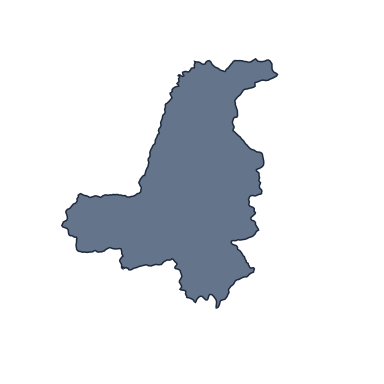 the district of Ituiutaba, Minas Gerais, Brazil, rotated 62°
{"feature_id": "56859067B2687887940000", "entity_name": "Ituiutaba", "entity_type": "district", "adm_level": 2, "iso_a3": "BRA", "parent_name": "Brazil", "parent_adm1": "Minas Gerais", "projection": "albers", "projection_center": [-49.543, -18.985], "detail": "fine", "context": "isolated", "style": "filled", "palette": "slate", "viewbox_px": 384, "rotation_deg": 62, "n_neighbors": 0, "source": "geoboundaries", "source_scale": "gbopen_adm2", "svg_char_len": 6066}
<svg xmlns="http://www.w3.org/2000/svg" viewBox="0 0 384 384"><g transform="rotate(62 192 192)"><path d="M227.3,289.1L226.0,288.3L226.7,287.5L227.6,287.3L227.7,285.6L228.9,285.0L229.6,284.2L230.8,284.4L231.7,283.4L232.1,281.7L232.0,278.6L232.4,277.7L232.8,275.9L232.8,274.3L234.5,267.3L235.0,266.3L236.9,264.8L237.3,263.8L238.1,262.9L238.5,260.0L239.1,257.6L240.1,256.4L240.8,255.2L241.6,253.0L240.4,249.8L240.3,246.0L241.6,243.8L241.9,242.5L241.6,241.2L242.4,240.4L246.1,239.6L247.3,239.1L248.4,239.0L249.4,240.1L249.9,241.8L250.9,242.8L251.9,242.5L253.5,240.6L255.5,239.4L260.9,240.3L262.4,241.2L264.5,244.7L265.6,245.5L268.1,245.3L270.2,245.4L271.2,246.0L272.3,248.3L273.3,247.7L274.9,245.4L276.3,244.2L277.5,244.3L278.7,245.5L279.9,245.7L281.2,245.5L282.4,246.1L283.3,245.5L283.9,244.4L284.7,243.7L287.0,242.0L288.3,241.4L289.5,241.5L291.1,240.8L290.4,239.6L289.4,238.6L288.8,237.6L288.0,235.3L287.9,234.0L288.4,232.7L289.1,232.0L293.6,230.6L294.4,229.3L293.8,228.1L291.1,225.4L290.9,224.3L291.6,223.1L292.5,222.4L293.4,222.1L297.4,221.4L298.6,221.4L299.7,221.6L301.1,222.2L304.8,224.7L305.8,225.0L306.0,223.9L305.9,222.9L305.2,221.8L304.3,220.7L301.6,218.3L301.3,217.2L302.0,214.0L302.0,212.7L300.5,209.7L299.6,208.8L298.3,206.7L297.3,206.2L296.2,206.0L295.1,205.4L293.6,202.2L293.0,199.1L292.5,198.0L291.0,195.9L290.6,193.5L291.2,191.9L291.2,188.0L291.6,185.3L292.4,184.0L292.6,182.8L291.8,180.8L291.3,178.3L291.6,175.3L290.8,174.7L289.1,173.0L287.8,173.2L286.6,176.1L285.6,176.4L284.3,176.3L282.9,176.4L281.5,176.0L279.4,177.0L278.3,176.5L276.1,176.6L273.5,176.1L272.3,176.8L270.5,176.7L266.9,177.1L265.6,177.7L264.3,178.5L263.2,178.4L262.3,177.8L261.3,177.8L260.2,178.1L257.2,180.8L256.3,181.1L255.0,181.1L253.9,180.1L254.1,178.6L255.2,176.9L255.6,175.8L255.6,174.5L256.0,173.3L256.9,172.3L258.6,167.5L259.0,165.2L258.9,163.8L259.5,160.0L259.5,158.8L258.7,156.1L257.0,153.6L256.9,151.1L255.7,150.9L250.4,151.2L249.0,150.4L247.3,150.5L246.2,151.2L245.3,152.3L243.8,152.7L242.6,152.3L241.9,150.9L241.6,149.2L240.8,146.4L239.8,145.6L238.4,146.3L235.8,144.8L234.5,145.2L231.4,147.7L229.8,147.8L227.6,146.0L225.1,145.6L223.1,143.1L222.9,141.9L223.4,140.3L225.0,138.3L225.3,137.3L225.5,134.1L226.1,132.6L226.0,131.3L224.9,130.7L224.1,129.9L222.7,129.6L220.9,130.3L219.3,130.2L217.7,129.3L216.8,127.9L215.8,127.1L214.6,127.6L213.1,127.5L210.9,125.5L209.6,125.4L206.8,124.0L205.1,124.5L203.9,125.2L202.6,124.8L202.4,123.1L202.8,121.8L202.8,120.2L202.7,118.5L202.3,117.4L201.8,116.3L200.7,115.4L198.7,114.3L191.4,112.1L190.4,112.3L189.4,112.8L188.6,113.6L187.1,115.9L185.9,116.7L184.5,117.3L182.1,119.6L180.8,120.3L179.5,120.8L176.1,121.5L174.8,122.1L170.7,122.5L168.4,123.4L165.8,123.7L164.5,124.4L158.4,126.4L157.2,127.0L156.0,126.3L155.2,125.0L154.2,124.2L151.8,124.2L150.5,124.0L149.1,123.4L146.4,120.6L146.1,119.3L146.6,118.4L146.9,117.2L146.1,116.0L141.6,113.8L135.3,112.8L134.1,112.1L132.1,111.6L131.2,111.0L130.2,108.9L129.4,106.8L128.8,103.7L126.2,98.8L126.1,97.2L127.1,94.3L127.2,93.2L128.2,89.6L128.4,88.1L128.2,86.6L125.7,85.6L125.0,85.0L125.6,82.4L125.9,78.7L126.3,77.2L128.5,74.0L129.1,71.9L129.0,70.3L129.3,67.7L129.4,64.2L129.2,62.7L128.3,61.3L126.8,61.9L124.4,63.5L122.6,63.8L120.8,63.5L116.4,61.3L113.0,61.6L111.3,62.6L110.7,64.1L110.6,66.8L109.3,69.9L107.4,72.5L104.3,73.3L104.5,77.3L104.8,78.5L104.1,81.1L102.3,82.9L101.4,84.4L100.0,85.8L98.7,87.6L97.0,91.0L96.2,92.0L96.0,94.1L97.1,96.0L97.3,97.0L99.5,101.9L99.5,103.0L100.1,104.6L101.0,105.8L100.7,107.0L99.5,107.8L98.0,109.6L95.0,110.9L92.4,113.1L88.9,114.3L85.5,114.4L84.1,115.1L83.6,116.6L83.7,118.3L85.1,120.7L84.6,121.9L83.6,123.1L81.4,124.2L80.3,125.2L79.0,127.4L78.0,128.4L79.6,128.7L80.3,129.9L81.6,130.7L82.7,131.0L83.4,131.6L82.4,134.4L83.6,136.2L84.4,138.4L84.0,139.4L82.6,140.9L82.2,142.1L81.9,144.1L83.2,144.7L85.6,144.6L85.6,146.0L84.5,147.0L83.3,147.4L82.4,148.5L82.8,149.6L84.1,148.8L85.1,149.5L85.8,150.8L88.5,151.6L88.7,153.0L89.3,154.4L91.0,153.7L92.3,154.0L91.6,156.4L91.4,157.6L91.5,159.2L91.9,160.9L92.6,161.8L93.9,162.1L94.4,163.6L94.4,164.9L95.4,165.3L99.4,165.4L101.1,169.4L102.0,172.7L101.9,173.8L102.5,174.7L104.5,175.5L106.2,177.4L108.4,178.0L109.5,178.7L110.1,179.8L110.3,181.1L110.9,182.1L113.1,183.7L115.9,187.0L117.1,187.6L118.6,187.9L120.0,189.7L120.9,191.8L122.2,192.9L124.2,193.1L125.0,193.8L125.1,194.9L125.6,195.8L127.1,197.3L128.9,200.0L131.0,201.3L132.1,202.2L132.2,203.7L133.0,205.3L133.9,206.3L135.4,208.6L137.1,210.5L140.8,212.3L142.0,214.8L143.2,215.8L145.5,216.2L149.0,219.0L149.6,220.2L151.5,222.7L154.2,225.1L155.1,226.1L154.7,227.1L155.0,228.3L156.5,231.7L157.6,232.9L158.2,234.0L159.2,234.7L160.6,234.6L161.9,234.8L164.0,234.6L165.1,235.1L165.8,235.9L167.8,237.3L168.3,239.6L167.9,240.5L167.8,241.7L168.2,243.3L168.2,245.0L168.0,246.4L167.5,247.5L167.1,249.5L166.5,250.7L165.8,251.8L163.9,252.5L162.9,254.6L161.3,256.2L160.6,257.6L159.5,258.6L158.4,260.5L158.1,261.6L157.2,262.6L156.9,264.2L155.7,266.6L155.3,268.1L154.3,269.0L153.8,270.1L153.5,272.6L153.9,274.3L153.5,275.9L152.4,276.4L150.6,278.3L149.9,279.4L149.2,284.0L148.5,285.1L147.6,285.5L145.7,287.0L144.4,288.8L141.2,291.0L141.1,292.4L141.4,294.0L143.1,294.6L143.6,296.2L144.4,297.0L145.9,297.4L146.7,298.7L147.2,300.1L147.0,302.6L149.0,307.3L149.1,308.8L148.8,310.1L149.4,311.7L150.3,312.8L154.7,313.5L157.0,314.5L158.1,315.8L158.1,319.6L160.5,322.7L162.1,322.5L165.2,319.7L166.3,319.2L167.7,319.2L170.5,320.4L171.6,320.6L172.7,320.5L173.5,319.9L174.0,318.7L175.0,317.9L176.2,317.4L177.0,316.5L177.6,315.3L179.0,315.4L179.7,316.2L180.5,316.7L181.8,317.2L184.1,319.1L185.1,319.6L188.3,320.7L189.8,320.6L190.9,320.1L192.6,318.0L193.4,317.4L194.8,314.8L196.4,312.4L196.8,310.8L197.9,308.6L198.2,307.5L197.9,306.3L198.2,305.0L199.5,304.1L200.4,303.8L201.2,302.7L201.5,301.7L202.3,300.1L202.9,297.0L202.4,295.6L202.3,293.6L202.3,291.8L202.6,290.4L205.0,288.3L206.4,286.3L208.1,282.2L208.8,281.4L211.8,282.1L213.6,283.0L216.2,283.0L216.5,284.4L217.6,286.9L218.5,288.0L219.8,288.3L222.5,288.2L223.6,288.5L225.8,289.7L227.3,289.1Z" fill="#64748b" stroke="#1e293b" stroke-width="1.5"/></g></svg>